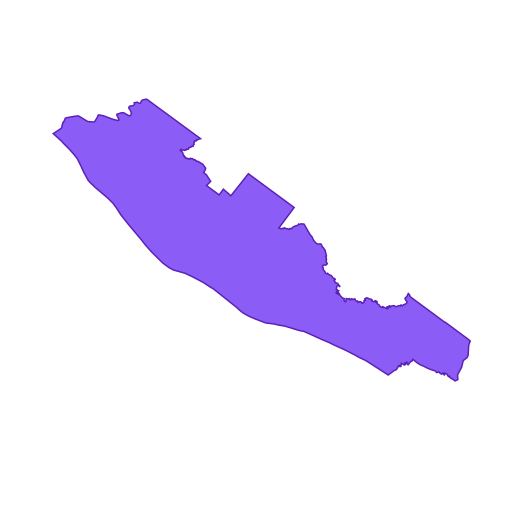 outline of Wan Yai, Mukdahan, Thailand, rotated 127°
{"feature_id": "78962969B15109036384984", "entity_name": "Wan Yai", "entity_type": "district", "adm_level": 2, "iso_a3": "THA", "parent_name": "Thailand", "parent_adm1": "Mukdahan", "projection": "equal_earth", "projection_center": [104.712, 16.728], "detail": "fine", "context": "isolated", "style": "filled", "palette": "violet", "viewbox_px": 512, "rotation_deg": 127, "n_neighbors": 0, "source": "geoboundaries", "source_scale": "gbopen_adm2", "svg_char_len": 6051}
<svg xmlns="http://www.w3.org/2000/svg" viewBox="0 0 512 512"><g transform="rotate(127 256 256)"><path d="M280.3,491.6L281.3,480.4L282.0,476.9L283.0,469.7L284.4,462.7L285.8,457.4L289.2,450.5L292.8,443.9L296.6,435.5L297.1,433.1L298.0,425.6L298.9,409.9L299.9,402.2L301.5,396.7L304.5,388.6L307.5,377.1L312.1,357.1L313.8,350.8L315.7,341.3L317.7,326.2L317.7,322.0L317.6,318.1L316.9,313.5L312.5,302.3L310.9,294.6L308.8,281.8L308.4,274.3L307.9,270.2L308.7,241.1L309.1,237.1L309.3,233.0L308.9,229.0L308.3,225.1L306.5,217.8L303.5,207.7L299.6,201.0L297.4,196.0L294.8,191.1L289.3,176.2L287.4,172.4L283.2,153.8L280.9,144.5L280.0,139.4L277.5,128.5L275.7,118.3L274.9,112.5L273.4,105.2L271.5,78.8L264.1,76.6L262.4,75.5L259.7,75.7L258.8,76.1L257.9,76.1L257.8,75.9L258.0,75.5L257.9,74.9L257.6,74.7L257.2,74.9L257.3,74.0L257.0,73.8L254.3,75.3L254.2,74.2L253.8,73.7L254.0,72.7L253.5,72.4L253.6,71.7L253.1,71.5L252.6,72.5L252.2,72.7L252.2,72.0L252.0,71.7L251.3,72.1L250.0,71.7L250.6,70.9L251.2,70.5L251.4,69.3L251.2,68.9L249.9,69.1L247.4,68.9L245.7,68.1L244.2,68.6L244.1,67.8L244.3,65.0L244.3,62.0L243.9,58.9L243.1,55.8L242.5,52.0L241.3,47.5L239.9,43.6L239.9,42.9L240.4,42.1L240.4,41.7L239.6,40.8L238.5,40.3L238.9,38.3L238.8,37.3L238.7,36.8L238.4,36.5L237.4,36.6L237.3,35.7L237.7,34.5L237.6,33.9L237.1,33.9L236.2,35.0L235.5,33.2L235.6,32.0L236.2,30.9L236.4,29.6L236.3,29.2L235.6,29.1L236.4,27.5L236.3,26.0L235.9,23.7L236.1,22.3L235.9,21.8L233.3,20.4L232.9,20.6L230.4,22.9L229.1,23.6L221.2,24.8L215.1,27.4L213.8,27.3L210.4,26.3L209.3,26.4L207.7,26.8L199.4,32.3L197.4,33.1L195.1,33.6L194.8,34.4L195.0,64.9L195.3,65.1L195.7,107.7L195.7,108.2L194.5,110.3L194.3,111.8L197.9,111.1L199.1,111.5L200.1,111.5L200.5,111.2L200.8,110.6L201.8,107.7L202.7,107.4L204.2,107.6L206.2,108.9L207.6,109.1L207.7,109.4L207.8,110.7L208.9,110.4L209.5,111.9L209.8,112.2L212.1,113.4L212.3,113.9L212.5,115.7L212.8,116.3L214.6,117.8L216.1,117.9L216.1,118.5L215.3,119.2L215.5,119.6L217.0,119.6L217.5,120.6L217.9,120.8L218.3,120.5L218.2,119.2L218.5,119.0L219.0,119.2L219.3,120.0L220.0,123.0L220.1,124.3L220.5,124.5L220.7,123.7L220.9,123.7L221.7,125.7L221.7,126.4L221.0,128.0L221.1,129.5L221.0,130.8L219.7,131.7L219.7,132.1L220.7,132.3L220.7,132.6L219.8,132.7L219.7,132.9L219.6,133.4L220.2,134.1L221.3,134.2L222.1,135.1L222.1,136.6L221.8,136.7L221.3,136.6L221.2,138.0L222.2,139.6L222.2,141.0L222.6,141.6L222.6,142.4L224.7,143.4L224.9,143.2L224.9,142.6L225.6,142.1L226.6,142.8L226.9,142.8L227.6,142.1L228.3,142.0L228.8,142.1L229.4,142.8L230.1,142.8L230.2,143.0L229.7,143.5L229.5,143.9L229.6,145.1L230.3,146.0L231.3,146.2L231.6,146.5L231.5,147.1L230.8,147.7L231.6,148.8L231.6,149.2L231.6,149.9L230.8,150.9L230.9,151.6L232.2,152.1L232.4,152.4L232.4,153.7L232.6,154.0L234.3,154.1L234.4,154.5L233.9,155.2L233.9,155.9L234.8,156.4L235.7,158.4L236.1,158.3L238.2,156.8L238.7,157.0L238.9,157.9L238.8,158.4L238.4,159.1L236.9,159.9L237.4,161.6L237.3,163.0L236.7,165.7L237.0,166.8L237.1,167.6L236.9,167.6L236.1,166.7L235.8,167.1L235.8,168.1L235.9,168.6L237.2,168.6L237.4,169.2L237.2,169.8L236.8,170.1L235.9,170.2L234.4,169.0L234.0,169.0L234.3,170.1L234.1,171.0L234.4,171.3L234.4,171.8L232.6,172.6L231.7,173.3L230.6,173.1L230.1,172.7L230.0,172.0L230.2,171.0L230.1,170.8L229.8,170.8L229.5,171.3L229.4,172.6L228.7,174.2L228.8,174.7L229.2,175.3L229.3,176.0L229.6,176.5L229.6,176.8L228.8,177.7L228.4,179.1L227.8,179.1L227.1,178.6L226.8,179.0L226.7,179.8L227.2,180.8L227.2,181.2L226.4,183.6L226.4,184.6L227.0,186.4L226.7,188.4L227.5,188.6L228.0,190.2L227.4,190.7L227.0,191.5L226.6,193.7L225.1,195.1L224.8,196.3L224.5,196.7L223.8,196.5L222.7,196.8L221.2,194.7L220.2,194.8L219.7,194.4L219.2,194.5L219.0,195.2L218.5,195.7L218.1,196.7L217.5,197.0L217.2,197.4L216.2,197.6L216.0,198.1L214.7,199.2L214.4,200.0L213.5,199.8L209.9,204.2L209.6,204.7L209.1,206.7L208.7,207.3L208.9,208.1L208.4,209.2L207.3,210.9L207.6,211.9L209.1,213.6L209.4,214.3L209.5,215.0L209.5,216.5L209.2,217.8L208.3,220.6L207.3,222.0L207.1,222.5L206.3,225.9L201.6,236.9L203.0,239.1L203.9,240.0L204.7,240.4L204.9,241.2L205.5,241.0L207.0,241.6L208.9,243.1L210.1,243.5L210.6,243.9L211.5,243.9L212.5,244.3L213.2,244.3L213.6,245.5L214.4,245.4L214.9,245.7L215.1,246.2L215.0,247.0L215.8,247.9L216.3,250.1L216.7,250.5L217.2,250.2L217.6,250.3L218.1,251.6L219.0,252.0L219.5,253.6L219.9,254.0L219.9,254.6L194.3,254.7L194.9,311.6L223.0,312.3L222.3,322.3L229.4,322.2L229.4,322.6L229.5,337.9L223.7,337.1L221.0,344.4L220.9,345.0L221.0,348.0L218.4,348.2L216.2,349.0L214.7,353.9L215.1,356.4L215.0,357.4L215.3,358.1L215.6,358.3L215.3,359.1L215.8,359.9L215.8,360.5L216.2,360.8L215.9,361.6L216.1,362.2L215.8,362.8L216.0,363.1L216.4,363.2L216.6,364.3L216.4,365.2L217.2,366.3L217.5,367.3L218.5,367.2L218.8,368.3L219.3,368.5L219.2,369.0L219.3,369.6L219.6,369.9L219.8,370.9L220.2,371.5L220.1,371.8L219.8,371.7L219.8,372.3L219.5,372.5L219.7,373.0L219.4,373.4L219.6,373.9L219.1,374.1L219.1,374.5L218.4,375.8L217.7,376.6L217.3,377.5L217.3,378.0L217.0,378.9L217.4,379.5L217.3,380.1L216.1,380.2L216.2,378.8L215.3,378.5L215.0,377.5L214.7,377.2L214.7,376.6L214.1,376.2L213.7,376.3L213.2,375.6L212.6,375.7L212.2,375.5L211.9,374.6L211.3,374.3L210.1,374.8L209.9,374.4L208.7,374.0L208.3,373.5L207.8,373.8L207.2,373.5L206.3,372.2L205.1,372.8L204.1,372.6L203.2,373.6L202.6,373.5L202.0,374.1L200.9,374.2L200.5,373.3L199.7,373.1L199.0,373.5L198.6,372.6L197.1,372.0L195.7,370.9L196.5,437.2L196.8,438.1L199.8,440.6L201.1,440.9L202.7,440.4L203.6,440.4L204.5,441.5L204.6,443.4L207.0,445.5L207.7,444.5L208.2,444.2L208.9,444.3L210.6,445.3L212.1,446.9L213.0,447.1L213.9,447.0L214.4,446.7L215.3,444.1L216.1,442.6L216.9,441.6L217.5,441.2L218.5,440.9L219.9,441.1L220.4,441.6L221.1,447.1L221.5,448.4L222.5,449.6L226.5,452.4L227.2,452.0L229.5,447.5L230.1,447.3L230.6,447.5L231.7,449.5L233.1,453.1L235.8,462.2L237.8,466.3L238.1,466.7L238.6,466.8L241.3,466.1L245.5,465.8L246.5,466.0L249.7,471.1L249.9,471.7L250.9,481.6L251.1,482.3L253.4,484.8L259.9,490.8L260.8,491.2L263.9,490.4L265.9,490.5L267.1,489.8L268.6,489.5L269.8,488.6L271.2,488.4L280.3,491.6Z" fill="#8b5cf6" stroke="#5b21b6" stroke-width="1.5"/></g></svg>